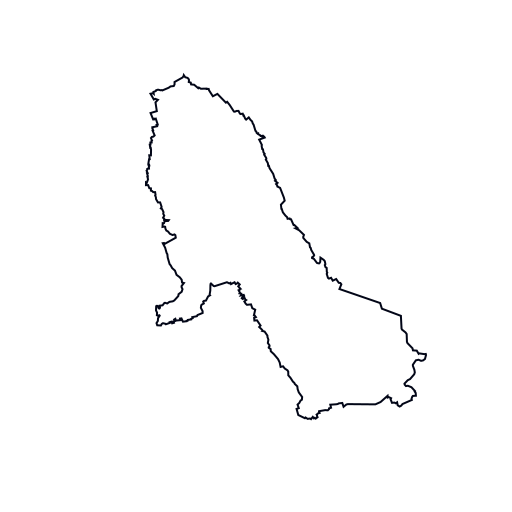 the district of Song Phi Nong, Suphan Buri, Thailand, rotated 247°
{"feature_id": "78962969B33377664551397", "entity_name": "Song Phi Nong", "entity_type": "district", "adm_level": 2, "iso_a3": "THA", "parent_name": "Thailand", "parent_adm1": "Suphan Buri", "projection": "orthographic", "projection_center": [99.994, 14.203], "detail": "fine", "context": "isolated", "style": "outline", "palette": "ink", "viewbox_px": 512, "rotation_deg": 247, "n_neighbors": 0, "source": "geoboundaries", "source_scale": "gbopen_adm2", "svg_char_len": 6090}
<svg xmlns="http://www.w3.org/2000/svg" viewBox="0 0 512 512"><g transform="rotate(247 256 256)"><path d="M429.4,275.9L431.5,270.6L433.4,269.2L433.0,268.4L437.8,266.0L439.3,263.3L441.1,263.7L442.4,262.1L444.2,263.1L445.3,263.1L446.7,262.6L448.2,260.7L450.7,260.2L449.8,259.5L449.0,258.1L448.0,249.0L445.8,248.1L444.6,246.7L445.5,243.6L445.0,241.4L445.0,234.5L445.5,234.2L445.8,233.0L447.4,230.8L447.6,228.8L447.0,228.2L447.1,225.7L445.3,225.2L446.1,224.8L446.6,222.3L440.0,223.1L440.1,224.6L438.1,226.7L436.7,223.5L428.1,221.3L428.8,214.8L422.1,214.7L422.2,215.7L421.5,215.7L421.6,217.4L415.3,216.9L415.5,215.7L414.1,215.6L415.0,210.9L414.2,210.8L414.1,210.5L411.8,210.4L411.8,209.8L406.6,209.8L406.0,208.2L406.3,206.7L405.6,205.4L402.9,205.4L402.7,204.7L401.3,204.3L401.7,203.1L399.8,202.4L400.0,201.7L396.9,200.9L396.8,201.4L394.8,200.9L389.7,198.6L390.4,197.1L386.7,196.0L386.9,195.4L382.6,192.7L382.0,192.6L381.8,193.3L380.8,193.1L380.8,192.6L378.4,191.7L378.8,191.1L378.6,189.9L378.1,189.9L377.3,188.6L374.7,188.7L374.8,188.0L372.0,187.7L371.3,187.4L371.4,187.0L368.8,186.6L366.0,184.0L366.7,183.5L364.2,182.4L363.4,184.4L360.1,184.3L359.3,185.7L357.2,184.8L356.3,185.8L355.0,186.3L354.2,188.1L351.5,187.4L351.1,186.8L349.2,186.8L347.5,186.2L343.6,186.7L342.8,188.7L338.0,188.3L337.0,187.0L335.9,187.9L332.5,188.0L331.1,187.1L329.0,187.3L327.5,185.4L326.3,186.1L325.2,185.5L323.1,189.7L322.6,188.9L323.8,185.5L322.2,184.2L322.1,183.4L322.6,182.9L319.3,181.3L318.9,183.2L318.4,183.8L316.5,183.3L314.5,183.4L312.9,184.6L310.1,185.4L307.9,187.4L307.7,189.4L306.7,189.9L304.2,189.3L302.8,176.4L303.9,176.4L304.2,175.2L299.1,175.6L293.6,174.9L292.3,175.1L289.0,174.1L282.3,173.3L280.7,173.8L277.6,174.1L274.2,175.7L269.7,175.5L266.2,177.5L263.2,178.3L260.5,177.6L259.3,179.1L257.4,175.7L256.2,175.3L254.2,175.4L252.1,173.6L251.1,169.8L249.5,168.8L247.0,163.4L246.8,161.7L247.6,158.4L247.0,155.7L248.4,154.1L248.6,153.4L247.1,150.7L247.9,148.0L245.9,147.4L245.4,146.6L245.9,146.0L248.4,146.0L248.9,145.3L248.8,144.5L245.0,142.7L242.5,142.8L240.2,141.6L239.5,142.2L239.2,143.9L238.7,144.0L237.0,141.5L234.6,140.3L233.1,138.2L230.8,138.0L229.2,141.3L230.3,142.7L230.5,144.1L229.1,146.0L228.4,146.3L228.1,150.5L228.8,150.6L228.7,151.8L228.6,152.5L226.8,152.5L226.6,154.4L228.0,154.5L227.8,155.9L229.5,155.8L229.7,157.2L227.9,157.0L227.4,158.5L226.5,161.3L228.1,161.6L227.7,163.0L224.1,163.1L223.1,166.5L223.4,166.7L223.1,167.7L223.8,168.2L223.0,171.4L223.4,171.5L223.5,173.4L224.6,173.5L223.7,178.1L224.5,179.1L224.4,184.6L226.1,185.3L229.8,185.0L231.6,186.0L232.4,186.8L232.7,189.4L234.7,189.6L235.0,190.6L234.5,192.5L237.5,196.1L237.8,198.3L238.4,198.1L242.0,200.4L246.9,202.6L248.1,203.3L248.3,203.8L244.9,205.3L244.4,206.0L243.2,219.0L241.2,220.7L241.3,222.0L239.9,222.0L240.2,226.0L238.1,226.3L238.1,227.8L238.6,228.8L236.2,229.9L235.0,227.8L231.9,228.9L232.0,228.1L231.3,227.8L231.3,226.6L228.4,226.9L228.0,226.3L227.0,227.8L226.1,227.5L225.6,226.7L225.0,229.5L224.0,229.5L223.8,228.0L222.7,226.4L221.6,227.0L221.9,229.1L220.0,229.2L219.3,229.7L218.7,227.5L216.1,227.9L214.6,228.6L213.4,232.5L209.4,232.2L206.9,234.3L202.2,230.9L201.8,231.5L199.8,232.0L199.8,230.1L197.2,229.3L196.4,231.8L190.2,233.0L189.4,231.2L185.9,232.7L184.5,233.0L184.4,232.7L183.1,234.4L178.3,235.4L176.9,234.9L174.1,234.7L171.3,232.9L168.5,233.5L167.8,233.3L167.0,232.0L166.5,231.9L164.7,233.1L162.5,232.4L158.7,234.1L152.5,236.0L148.7,236.2L144.3,235.3L143.9,237.8L141.2,238.5L138.5,240.3L137.0,240.5L133.5,239.1L130.5,240.1L125.9,240.9L124.3,241.7L123.1,241.7L119.9,243.1L117.1,242.3L113.7,242.1L108.2,243.4L105.8,242.1L105.5,240.5L103.8,238.4L103.0,236.2L99.2,235.9L99.4,233.6L93.1,232.8L87.6,237.6L88.0,238.5L85.9,239.9L85.3,242.2L84.3,242.9L85.7,245.4L83.9,245.9L84.1,246.9L83.0,247.4L83.6,249.7L84.9,249.6L85.8,250.1L86.3,249.9L86.9,251.7L86.7,253.2L87.9,253.1L88.5,253.4L87.1,259.5L85.9,261.8L86.5,263.4L87.2,263.7L87.0,265.8L90.1,266.3L88.2,271.8L87.8,273.4L88.0,274.6L87.0,278.0L83.0,277.7L84.0,281.1L83.8,282.6L72.8,307.9L72.9,313.6L75.9,322.5L74.3,322.0L74.3,323.0L72.3,324.8L71.5,323.9L67.7,323.8L67.0,326.1L65.8,327.1L66.2,328.7L63.2,328.1L61.3,329.4L61.5,331.2L62.5,333.0L62.6,343.2L63.7,343.3L65.3,344.7L65.9,345.7L64.9,348.6L67.6,349.5L69.2,349.1L69.5,349.6L74.5,347.8L77.2,345.1L77.7,343.2L79.5,342.6L80.5,342.8L82.4,347.2L82.5,349.7L85.3,355.4L86.8,356.7L89.3,357.3L93.6,357.5L94.6,357.9L97.5,362.4L97.0,365.1L95.0,367.0L94.6,369.0L95.2,371.3L98.4,373.8L99.5,374.0L99.9,372.6L102.6,368.2L102.4,367.5L106.1,367.0L107.8,363.6L109.9,364.0L116.6,361.4L118.0,361.4L125.3,364.2L127.2,363.8L131.3,361.6L132.3,361.6L144.3,366.0L158.3,351.3L164.2,351.9L193.0,319.9L196.6,323.5L198.2,323.1L199.0,321.7L203.5,320.8L203.3,317.0L206.6,316.6L206.7,314.3L207.8,313.7L211.9,314.1L212.8,315.1L213.8,315.0L217.4,316.4L218.7,315.6L220.8,315.8L221.4,316.7L224.4,317.3L226.0,316.8L229.3,314.7L225.5,312.8L224.5,311.4L224.9,310.5L225.8,309.4L230.7,308.2L232.2,306.8L232.9,307.1L233.2,308.7L233.9,309.8L234.5,309.9L239.9,309.2L242.2,309.5L242.9,309.1L246.8,310.0L249.2,308.2L254.1,306.6L255.1,306.9L256.7,308.4L262.8,305.8L266.0,303.2L265.7,305.1L269.6,303.4L269.8,302.7L276.1,302.6L276.7,301.6L277.4,301.6L277.9,299.6L279.6,299.8L281.6,298.9L285.7,297.8L289.3,298.1L289.5,297.8L293.5,299.0L295.7,304.0L298.9,304.5L309.3,304.8L311.6,302.8L312.7,303.1L314.4,302.6L314.9,304.4L317.8,302.9L318.2,303.9L320.0,303.4L324.9,303.9L331.5,302.8L334.0,303.1L334.2,302.5L336.9,303.2L340.9,302.7L341.4,303.5L342.4,303.7L346.1,303.1L346.6,303.9L348.4,303.4L351.5,304.1L352.0,303.5L355.2,304.2L355.9,304.8L361.9,304.4L361.6,310.3L362.4,310.2L364.0,309.4L363.7,308.3L364.3,308.2L364.7,307.1L365.4,307.1L367.3,305.6L368.1,305.9L368.3,305.1L369.1,304.7L370.5,304.9L371.4,304.4L377.9,305.1L379.2,304.8L381.4,305.0L383.5,304.1L386.4,303.5L385.4,300.2L386.7,299.7L390.1,299.7L390.1,299.3L392.2,299.4L392.7,297.3L393.4,296.8L396.4,296.6L397.1,294.8L397.1,292.9L397.6,292.1L405.2,290.8L409.2,289.7L408.9,288.2L420.3,283.8L419.9,278.7L426.9,277.5L428.3,277.7L429.0,275.8L429.4,275.9Z" fill="none" stroke="#020617" stroke-width="2"/></g></svg>